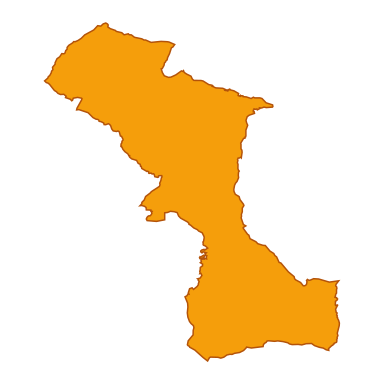 Moieciu, Brasov, Romania (Equal Earth projection)
{"feature_id": "2599482B36660136549746", "entity_name": "Moieciu", "entity_type": "district", "adm_level": 2, "iso_a3": "ROU", "parent_name": "Romania", "parent_adm1": "Brasov", "projection": "equal_earth", "projection_center": [25.317, 45.469], "detail": "fine", "context": "isolated", "style": "filled", "palette": "amber", "viewbox_px": 384, "rotation_deg": 0, "n_neighbors": 0, "source": "geoboundaries", "source_scale": "gbopen_adm2", "svg_char_len": 5947}
<svg xmlns="http://www.w3.org/2000/svg" viewBox="0 0 384 384"><path d="M207.6,361.0L209.5,357.6L210.6,357.1L218.0,357.3L220.8,358.1L223.8,357.2L226.9,355.0L229.9,354.3L232.1,354.4L234.6,353.3L239.6,352.5L243.6,350.5L246.0,348.1L246.6,347.1L251.4,348.0L263.1,346.6L263.4,344.8L264.4,343.4L266.1,342.4L267.1,341.0L268.6,340.8L274.6,341.3L277.8,340.9L283.1,341.6L287.9,342.8L289.4,343.9L292.1,344.6L298.1,344.4L301.8,344.9L306.1,343.7L311.6,343.5L314.5,345.6L319.3,347.3L323.3,348.1L326.2,349.8L328.8,350.4L328.6,348.6L331.8,345.6L332.7,345.3L333.3,344.3L334.1,343.9L334.1,343.3L336.5,342.3L336.9,340.9L336.6,339.7L337.2,338.7L337.1,337.4L337.9,335.6L337.3,333.6L337.4,332.7L339.2,325.7L339.4,323.1L338.6,320.3L337.6,318.5L337.6,317.7L337.0,317.1L337.3,315.8L336.6,315.0L337.1,313.0L336.2,312.4L335.6,309.1L337.6,305.2L337.2,304.9L335.6,305.5L335.3,304.9L335.5,301.3L337.0,300.2L337.6,299.0L336.6,298.1L336.6,297.6L335.0,297.3L335.9,293.9L336.5,293.2L336.5,289.7L336.9,288.3L336.6,286.8L335.7,285.9L335.7,285.4L336.1,284.2L338.7,280.8L329.3,282.1L318.7,279.0L313.6,278.7L310.1,280.2L308.9,280.3L307.4,279.4L306.5,280.5L307.0,281.7L306.5,284.4L305.5,285.4L304.1,285.9L303.2,285.7L300.6,282.5L295.6,279.8L294.6,278.7L294.1,276.6L288.4,271.9L280.9,263.0L279.1,262.4L276.6,256.9L274.8,255.5L273.8,253.5L270.0,251.1L265.3,245.5L262.9,245.3L257.8,243.7L255.9,241.7L250.0,238.7L248.9,235.2L247.5,234.2L243.3,228.4L243.2,227.5L245.8,225.9L243.4,224.5L241.1,217.8L241.5,216.5L241.4,214.3L242.3,211.8L242.3,208.1L243.9,205.6L243.5,204.3L240.0,199.6L239.1,196.6L235.3,194.3L234.0,191.4L233.8,189.4L234.6,185.2L235.6,183.1L237.0,181.5L238.6,177.7L238.3,175.2L238.5,172.2L239.2,171.1L238.4,170.1L237.9,168.5L238.0,164.3L237.4,162.7L237.9,160.3L237.5,159.5L238.1,158.1L239.4,158.0L240.8,157.2L241.3,157.8L242.1,152.3L241.9,150.2L241.0,148.8L241.0,144.3L240.7,143.2L243.6,138.4L245.0,138.1L245.0,137.1L245.6,136.9L245.9,135.8L245.9,130.1L247.7,125.2L246.7,123.1L246.0,120.3L247.2,116.7L249.2,115.2L254.5,113.4L254.2,111.8L253.3,111.8L253.3,110.2L254.0,109.7L254.1,108.9L255.3,109.3L256.9,109.0L257.3,109.9L259.9,108.5L259.6,107.8L261.6,108.0L264.0,107.1L266.3,107.6L272.5,107.1L272.9,106.5L272.6,104.9L266.1,102.8L262.0,98.5L260.0,97.9L254.7,97.9L253.4,97.2L251.1,98.5L246.3,96.9L242.5,96.6L243.1,96.4L243.0,95.9L241.5,95.7L240.6,96.2L240.4,95.4L239.5,96.1L238.1,95.5L238.6,93.5L233.9,90.8L230.4,89.9L229.9,89.2L229.4,89.1L229.0,89.4L229.3,89.8L228.3,90.0L227.8,91.0L226.9,90.7L226.9,90.2L226.4,90.5L225.6,90.1L225.3,90.5L224.6,90.2L224.6,89.7L225.7,89.6L222.8,88.3L216.0,87.9L214.3,87.3L213.1,86.2L212.7,86.5L212.1,86.2L212.6,85.7L212.0,85.2L208.8,84.6L203.1,81.0L201.0,80.5L193.8,80.4L192.3,79.0L191.0,76.2L186.7,74.1L184.2,72.4L183.5,70.6L182.7,71.4L181.4,70.9L175.8,74.9L171.0,77.1L168.5,77.4L164.3,75.8L162.4,72.6L161.2,68.8L162.3,68.5L164.0,65.4L164.5,62.8L165.5,62.0L165.9,60.9L167.1,59.9L167.6,57.6L169.5,53.7L171.4,47.8L172.8,47.1L174.7,44.5L169.0,42.0L167.1,41.7L161.0,41.4L151.1,42.4L145.6,40.0L144.0,40.0L141.8,38.8L134.5,37.3L131.4,34.9L129.2,34.7L128.3,33.8L124.1,34.8L121.8,32.7L116.3,31.4L115.5,30.5L110.2,28.6L107.8,26.9L108.2,25.0L107.5,24.0L105.8,23.0L103.2,23.9L100.8,26.1L97.7,25.7L93.7,30.0L84.7,34.9L81.3,38.3L78.0,40.5L75.2,41.7L73.7,41.6L72.6,42.9L68.8,45.3L67.1,47.4L67.1,49.2L65.7,50.6L65.0,53.0L63.9,53.8L61.8,53.6L59.7,56.8L57.0,58.7L55.1,62.7L55.1,64.2L52.5,67.3L52.9,69.7L51.6,71.1L51.2,72.9L49.6,75.7L48.4,76.5L47.8,78.1L44.6,80.9L46.3,82.6L47.8,83.0L49.5,84.3L54.4,90.5L56.4,91.7L58.0,93.4L60.5,94.5L63.8,94.3L66.1,96.2L65.5,97.6L70.4,99.3L71.7,100.8L72.5,100.3L73.3,98.2L77.6,97.4L81.6,98.2L82.0,98.7L81.5,100.1L77.0,108.2L76.6,109.9L78.9,109.6L88.1,112.7L93.0,117.6L96.0,119.2L97.8,119.4L98.9,120.3L99.1,121.3L101.1,121.7L103.7,123.0L104.1,124.6L105.7,124.7L108.4,123.7L109.7,124.5L110.7,125.8L111.7,128.9L113.2,130.9L116.5,131.5L118.0,131.0L119.2,131.7L120.4,136.0L121.5,136.3L123.0,139.2L123.0,140.1L122.0,141.2L121.8,143.0L121.2,143.7L120.9,145.3L121.4,146.0L121.0,146.5L122.1,147.4L122.9,149.3L124.9,151.7L127.5,153.6L128.4,154.6L128.7,155.7L129.6,155.7L129.6,157.1L131.7,158.9L136.6,160.4L138.2,163.4L140.2,164.3L140.5,166.2L141.2,166.4L141.8,168.5L147.0,171.5L147.7,171.2L148.7,171.8L148.7,173.1L149.1,173.4L151.1,173.1L152.1,174.0L153.6,173.8L154.2,174.5L154.8,176.7L157.8,177.4L158.5,177.0L158.4,176.2L158.9,175.7L161.7,175.6L162.0,176.9L161.4,177.8L160.9,180.4L159.7,183.2L160.0,184.7L159.4,186.4L151.4,191.6L150.2,193.0L145.6,196.5L144.2,200.0L141.9,202.3L141.8,203.8L140.0,205.7L141.8,205.5L144.5,206.3L146.1,207.5L146.3,209.9L150.9,210.1L150.8,211.1L152.1,211.4L151.5,212.2L151.9,213.4L151.1,214.8L150.1,215.8L148.9,215.8L147.7,216.5L147.0,217.4L146.3,219.0L147.1,220.6L156.5,221.4L164.7,219.8L164.7,212.8L167.4,212.5L170.4,211.3L174.2,211.7L177.2,212.6L178.6,216.0L180.7,218.2L187.6,222.0L188.9,223.4L189.0,224.4L190.4,225.0L193.7,227.9L197.4,229.7L198.6,231.0L202.2,232.8L204.0,236.5L204.2,237.7L203.6,241.1L202.9,242.1L203.2,242.8L203.1,244.6L203.5,245.2L205.4,246.0L207.7,248.1L204.6,250.1L203.8,249.9L203.8,249.4L201.8,250.0L200.8,250.9L200.7,251.8L202.0,252.9L203.0,251.8L206.3,252.8L204.9,253.9L205.6,254.7L205.3,255.4L206.8,255.8L206.3,256.9L206.6,258.9L203.8,258.1L204.4,255.8L203.6,255.2L200.4,257.2L200.0,256.8L199.5,257.6L199.9,258.6L201.9,258.4L203.0,257.8L203.9,258.4L204.1,259.1L201.1,259.2L201.0,260.5L201.4,261.8L200.3,262.7L202.6,264.1L202.5,265.9L200.3,267.4L200.1,270.7L199.7,271.1L200.1,272.8L199.8,273.6L200.9,273.4L201.9,275.5L200.1,278.1L197.6,278.8L198.4,279.4L198.2,280.2L199.1,281.5L198.3,283.8L198.3,284.8L197.1,286.5L193.5,289.4L192.1,287.8L189.6,288.7L188.3,292.7L188.9,294.1L188.0,293.9L187.0,295.7L185.0,296.8L187.6,303.1L187.9,307.1L187.3,312.9L187.9,317.2L189.5,321.5L191.1,323.6L193.4,325.6L193.9,327.7L193.2,330.4L193.1,334.9L188.2,340.8L187.4,344.8L188.0,345.6L189.3,346.3L189.7,347.2L194.9,350.1L203.1,357.5L207.6,361.0Z" fill="#f59e0b" stroke="#b45309" stroke-width="1.5"/></svg>